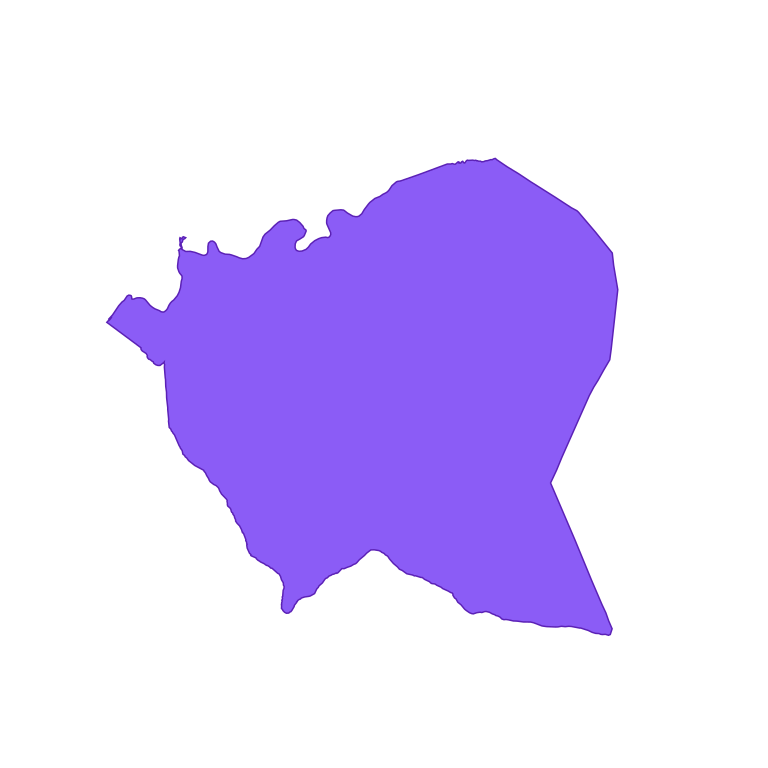 Kanel, Matam, Senegal, rotated 285°
{"feature_id": "50182788B72122084264725", "entity_name": "Kanel", "entity_type": "district", "adm_level": 2, "iso_a3": "SEN", "parent_name": "Senegal", "parent_adm1": "Matam", "projection": "albers", "projection_center": [-13.164, 15.01], "detail": "fine", "context": "isolated", "style": "filled", "palette": "violet", "viewbox_px": 768, "rotation_deg": 285, "n_neighbors": 0, "source": "geoboundaries", "source_scale": "gbopen_adm2", "svg_char_len": 6159}
<svg xmlns="http://www.w3.org/2000/svg" viewBox="0 0 768 768"><g transform="rotate(285 384 384)"><path d="M595.0,363.0L584.3,347.2L583.2,344.6L582.4,343.6L577.7,340.4L572.7,338.7L570.6,337.6L569.0,336.2L566.9,333.8L564.1,331.5L560.9,327.2L555.8,323.4L553.8,322.4L547.4,319.8L542.7,318.5L539.7,316.4L538.8,315.0L538.3,313.4L538.1,310.4L539.7,304.4L541.3,300.7L541.5,299.9L541.1,297.2L538.9,291.2L538.3,289.9L537.5,289.3L535.2,287.7L532.1,286.2L529.7,286.0L527.0,286.3L524.7,286.9L523.6,287.5L516.4,293.3L514.5,293.9L512.7,293.5L511.5,292.8L511.1,292.2L510.8,291.6L510.8,289.8L509.2,285.8L507.5,283.3L504.5,280.0L500.2,276.9L496.7,275.6L493.9,273.9L491.2,270.4L490.2,267.5L490.4,264.9L491.4,263.7L493.0,262.7L496.5,262.0L499.6,262.5L502.2,265.2L505.4,268.1L506.8,268.6L510.6,269.1L511.6,269.2L512.3,268.9L512.8,268.4L513.2,267.0L513.8,266.2L515.4,265.0L518.2,260.8L519.7,257.2L519.6,254.4L519.3,253.2L516.4,247.6L514.3,241.6L512.9,240.1L508.5,237.1L503.2,234.2L497.9,230.3L494.7,229.1L484.8,228.3L481.2,226.3L476.3,224.6L471.3,220.6L469.5,218.3L468.4,215.1L468.4,211.5L468.8,209.0L469.2,203.3L469.2,201.2L468.3,196.9L468.7,192.3L469.5,190.4L473.1,187.3L475.9,185.3L477.0,183.8L477.5,182.6L477.7,181.3L477.0,179.5L474.6,178.0L471.4,178.3L466.3,179.6L465.0,179.6L463.2,179.1L461.9,177.4L461.5,176.1L461.5,174.7L462.2,167.4L462.0,162.6L460.7,158.2L461.7,154.0L463.4,153.7L465.7,152.1L467.8,151.5L468.9,152.4L471.5,152.5L472.9,154.0L474.0,154.6L474.3,152.1L473.5,151.3L472.3,151.2L471.5,150.0L472.4,149.6L472.5,149.1L471.2,149.1L467.5,150.6L466.0,150.7L464.7,151.2L464.2,152.5L463.4,152.8L462.4,152.7L461.1,151.5L459.8,151.0L459.5,151.5L457.3,152.4L454.6,153.3L453.6,153.0L451.0,153.1L444.8,154.0L442.7,154.6L439.3,156.9L438.0,158.2L436.3,160.6L435.6,161.1L433.4,161.7L430.9,161.6L424.4,162.5L419.6,162.3L415.8,161.5L410.6,159.1L408.8,157.7L406.9,156.7L404.4,155.9L400.6,155.3L398.8,154.5L397.0,153.2L396.3,152.1L396.1,149.9L396.7,148.3L397.3,143.3L398.1,140.7L399.4,137.7L403.5,131.9L404.2,130.4L404.4,128.6L404.2,126.2L403.5,123.7L403.0,122.6L401.3,120.3L400.8,118.8L400.9,118.4L402.8,117.7L403.8,117.0L404.0,116.3L403.8,114.5L402.5,113.1L397.5,111.4L395.4,109.7L390.9,107.5L380.4,103.9L375.4,101.3L375.1,101.6L375.3,101.9L375.8,102.4L377.1,102.9L377.3,103.3L376.3,103.0L374.5,102.1L373.2,100.9L371.8,100.3L356.1,139.9L355.1,140.1L354.3,140.6L353.3,142.0L351.9,146.4L350.2,148.1L349.2,148.1L348.2,148.7L347.4,149.8L347.0,150.5L347.1,151.6L345.8,154.5L345.8,155.3L344.4,156.3L343.5,158.7L343.4,160.9L344.0,162.9L347.7,165.7L348.3,166.0L347.0,166.2L346.1,167.0L343.4,167.5L333.6,171.0L331.8,171.8L325.2,173.8L319.9,176.0L314.4,177.6L305.0,181.3L303.4,181.7L294.0,185.2L292.2,185.5L286.4,187.8L285.3,189.7L283.6,190.9L283.2,191.8L282.2,192.6L280.6,194.8L271.5,202.0L270.4,203.2L269.5,203.8L267.4,206.3L264.2,207.9L263.3,210.0L262.3,210.7L261.5,212.6L259.5,215.0L256.3,222.3L254.0,232.2L253.1,232.8L252.1,234.4L249.5,236.6L247.3,239.0L245.7,240.2L244.5,241.6L242.9,245.5L242.4,248.2L241.1,250.6L240.3,251.5L238.3,252.9L235.6,255.6L232.0,261.6L230.8,262.8L229.8,262.8L228.6,263.5L226.7,264.0L225.7,264.6L224.3,267.4L223.4,268.4L221.4,269.5L220.7,270.1L220.2,271.3L219.1,271.8L217.8,273.5L216.2,274.3L214.4,275.8L213.1,276.2L211.3,278.3L209.6,281.2L206.4,284.1L204.9,285.0L204.3,285.8L203.8,285.7L203.3,287.0L198.0,290.8L196.8,291.0L196.0,292.0L194.5,292.6L193.8,293.3L193.2,293.0L190.1,294.3L185.7,297.9L184.8,299.6L184.1,299.6L183.7,300.1L182.9,305.3L182.2,305.9L181.1,307.9L180.6,309.9L180.2,310.6L179.4,314.8L178.4,317.3L178.5,318.5L177.9,320.5L176.9,322.2L177.0,323.6L173.6,330.4L173.5,331.5L173.0,332.2L171.4,333.8L168.4,335.6L165.9,338.2L163.7,338.9L162.7,339.9L160.8,340.3L158.6,340.0L152.7,341.1L152.0,340.8L150.4,341.5L149.3,341.5L148.8,341.2L148.0,341.8L145.8,341.8L144.8,342.2L144.3,342.0L143.3,342.5L140.6,343.1L139.8,344.4L139.0,345.0L137.8,347.0L137.3,349.0L138.1,351.3L139.3,352.0L139.9,352.9L141.4,353.6L145.7,354.8L147.0,354.7L150.5,356.2L150.9,356.0L151.7,356.6L152.4,356.6L154.0,357.9L154.7,359.0L155.8,359.5L157.8,362.5L159.4,366.3L160.2,367.7L163.6,371.2L168.1,372.0L169.1,372.3L170.4,373.1L172.2,373.5L175.9,376.0L180.2,377.5L181.2,378.1L182.1,379.4L184.4,380.7L185.3,382.1L186.7,383.4L187.4,384.8L189.1,386.8L188.9,387.4L189.9,388.5L194.8,391.1L195.3,393.3L197.4,395.9L199.5,399.1L201.9,401.4L203.1,403.1L204.4,404.0L207.9,405.7L213.3,409.5L216.1,411.0L220.3,414.2L221.3,417.4L221.8,422.3L221.4,424.4L220.9,425.1L220.4,427.9L219.3,429.6L218.7,432.1L216.5,434.5L213.1,439.5L210.8,444.4L209.1,446.8L208.6,449.9L206.6,455.1L206.9,461.0L206.5,463.0L206.9,464.0L206.7,469.7L207.0,471.1L205.8,473.7L204.8,479.1L203.9,480.6L203.6,481.9L204.0,484.5L203.9,485.5L203.3,486.9L202.5,491.7L201.6,493.6L200.6,499.7L199.8,502.4L199.8,503.9L199.0,504.9L197.7,505.3L195.6,507.5L195.0,509.2L192.3,511.8L190.7,515.5L187.4,520.1L186.5,522.1L185.2,525.8L184.9,528.2L185.1,529.8L187.1,532.8L188.4,535.8L188.6,537.7L190.1,539.9L190.7,541.4L190.8,544.9L190.0,548.0L189.8,550.7L189.3,552.0L189.4,553.6L189.2,554.9L188.9,556.3L187.5,558.7L187.4,560.9L188.1,562.7L188.4,565.1L188.6,570.3L189.4,573.9L190.2,580.1L192.0,587.2L192.1,590.3L191.2,599.2L191.7,603.6L193.7,612.6L194.4,614.9L195.9,618.1L196.5,621.9L197.8,625.2L198.3,627.9L198.9,636.1L199.2,637.1L198.8,645.1L198.0,649.3L197.9,653.0L198.6,656.3L198.3,658.2L198.5,659.7L199.5,662.6L199.4,665.9L200.6,667.4L206.6,667.7L213.4,662.3L220.3,657.6L227.3,651.7L248.0,635.4L282.8,608.8L331.5,570.5L345.5,573.0L359.3,574.8L426.0,585.3L435.2,587.4L443.0,589.8L454.2,592.6L465.8,595.8L476.7,594.4L535.6,585.4L558.1,575.1L569.6,570.6L585.4,549.0L600.3,527.4L601.3,525.5L602.7,519.5L608.9,500.5L617.3,473.4L621.8,460.0L625.7,446.7L629.8,434.9L630.7,433.2L630.2,432.1L628.6,430.3L628.4,429.1L626.6,426.3L625.6,423.9L624.8,423.1L623.9,421.0L624.2,419.4L623.7,417.8L623.9,416.6L623.6,416.1L623.9,414.8L623.3,413.5L623.2,411.8L621.8,407.6L621.9,406.9L621.2,405.9L618.4,404.8L618.4,403.7L619.5,402.4L618.7,401.5L617.8,401.3L617.1,400.6L616.9,399.4L617.4,399.4L617.2,399.0L617.8,398.7L617.8,398.1L614.8,396.0L614.5,395.0L614.6,392.9L613.8,391.6L612.9,388.2L595.0,363.0Z" fill="#8b5cf6" stroke="#5b21b6" stroke-width="1.5"/></g></svg>